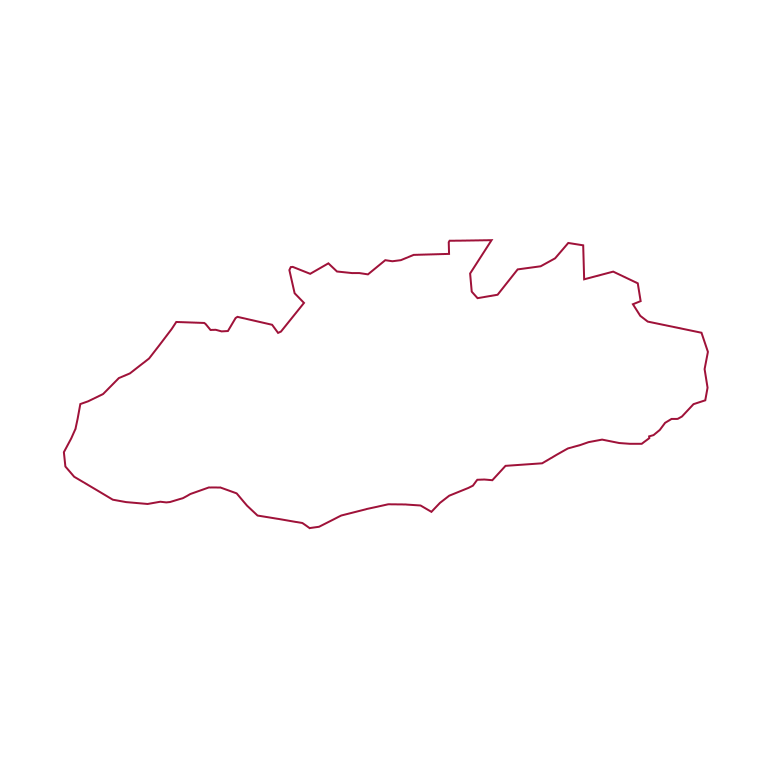 Agaie, Niger, Nigeria, rotated 84°
{"feature_id": "59680162B6425058524044", "entity_name": "Agaie", "entity_type": "district", "adm_level": 2, "iso_a3": "NGA", "parent_name": "Nigeria", "parent_adm1": "Niger", "projection": "natural_earth1", "projection_center": [6.472, 8.942], "detail": "fine", "context": "isolated", "style": "outline", "palette": "rose", "viewbox_px": 768, "rotation_deg": 84, "n_neighbors": 0, "source": "geoboundaries", "source_scale": "gbopen_adm2", "svg_char_len": 2569}
<svg xmlns="http://www.w3.org/2000/svg" viewBox="0 0 768 768"><g transform="rotate(84 384 384)"><path d="M372.2,688.1L372.5,688.2L386.8,692.4L387.1,692.5L387.4,692.6L396.0,695.4L396.3,695.4L396.5,695.6L405.5,700.8L418.2,709.4L418.4,709.5L418.7,709.5L421.6,709.5L425.5,709.5L426.1,709.5L429.7,709.5L432.3,709.5L432.6,709.5L432.9,709.4L443.6,702.0L443.9,701.8L444.1,701.5L459.4,680.9L470.5,666.1L470.7,665.8L470.8,665.5L474.3,653.5L474.4,653.2L474.5,652.8L478.5,632.2L478.6,631.8L478.6,631.5L477.7,618.8L479.0,612.9L479.0,609.8L479.0,609.5L479.0,609.1L477.1,599.2L476.6,596.2L476.5,595.9L476.4,595.6L474.7,591.5L473.3,588.4L473.2,588.1L473.1,587.8L468.7,569.5L468.6,569.2L468.6,568.8L468.6,568.6L468.8,567.5L468.9,566.1L469.6,559.8L469.7,559.0L469.8,558.2L469.8,557.9L469.8,557.5L470.0,557.2L474.1,548.7L474.4,548.1L477.2,542.3L477.4,542.0L477.6,541.8L486.5,535.8L490.0,533.4L490.3,533.2L490.6,533.0L501.4,523.7L501.6,523.5L501.7,523.2L504.7,512.1L506.9,504.1L507.0,503.6L512.0,486.0L512.2,485.1L513.6,480.1L513.7,479.8L513.9,479.5L516.2,476.8L519.4,473.2L519.6,473.0L519.5,472.6L519.2,463.6L519.1,463.3L519.0,463.0L513.4,448.3L511.3,442.9L510.6,441.0L510.5,440.8L510.4,440.4L510.3,440.1L506.7,415.1L506.6,414.7L506.5,414.2L505.3,403.0L505.2,402.3L504.1,392.7L504.1,392.4L504.1,392.0L506.1,374.8L506.2,374.4L506.3,374.0L508.6,360.6L508.7,360.3L508.9,360.0L515.8,350.6L516.1,350.2L508.1,340.8L501.9,330.8L496.2,311.0L494.4,306.2L490.1,302.3L489.0,301.2L489.5,294.1L491.0,286.3L478.1,271.7L479.4,235.0L472.3,219.4L468.4,210.4L467.3,207.8L465.2,195.1L463.2,186.6L462.1,172.9L467.3,156.2L469.2,145.6L470.4,134.1L470.4,133.9L468.7,131.1L465.6,125.8L464.9,125.8L463.8,125.8L463.0,121.3L458.5,114.5L452.0,108.5L448.8,101.7L449.4,95.6L447.5,91.1L436.4,78.3L433.8,66.2L421.5,62.6L402.7,63.6L385.9,58.5L366.2,62.9L349.5,115.2L343.0,122.0L330.7,128.1L328.4,120.1L310.4,121.1L296.2,144.3L300.8,174.0L266.9,171.4L263.0,186.0L276.9,200.7L283.3,215.9L284.0,239.1L307.1,261.7L308.4,282.0L301.9,286.7L301.2,287.1L283.1,286.8L252.2,262.0L249.6,291.1L248.4,303.8L249.8,304.8L261.4,305.7L258.7,341.0L262.6,354.3L262.8,362.8L261.0,369.8L273.3,388.5L271.1,396.9L270.4,403.9L267.2,419.0L258.2,426.7L266.7,445.9L258.0,462.5L258.0,464.5L260.8,466.2L284.4,463.4L295.0,455.1L321.1,481.0L322.1,484.0L313.4,489.1L301.9,522.7L302.9,524.7L315.0,533.7L314.7,540.0L312.5,545.7L312.1,550.9L305.6,555.2L304.5,556.4L300.6,584.1L307.1,589.4L322.0,603.4L334.1,615.0L340.1,624.7L346.9,635.6L350.4,647.1L353.7,651.1L364.6,664.4L370.3,680.1L372.2,688.1Z" fill="none" stroke="#9f1239" stroke-width="2"/></g></svg>